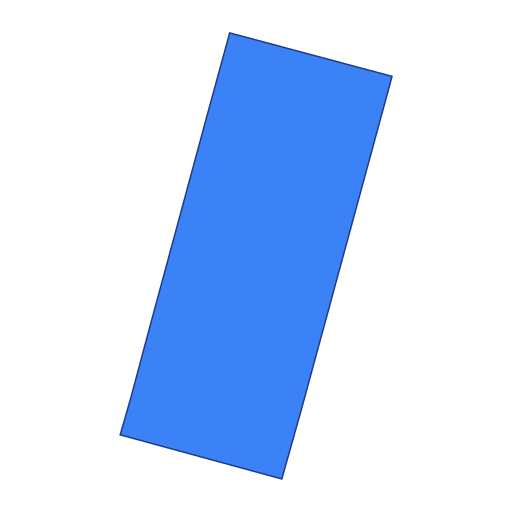 Douglas, Missouri, United States of America (Albers equal-area conic projection), rotated 284°
{"feature_id": "52423323B63572960553065", "entity_name": "Douglas", "entity_type": "district", "adm_level": 2, "iso_a3": "USA", "parent_name": "United States of America", "parent_adm1": "Missouri", "projection": "albers", "projection_center": [-92.554, 36.932], "detail": "fine", "context": "isolated", "style": "filled", "palette": "blue", "viewbox_px": 512, "rotation_deg": 284, "n_neighbors": 0, "source": "geoboundaries", "source_scale": "gbopen_adm2", "svg_char_len": 287}
<svg xmlns="http://www.w3.org/2000/svg" viewBox="0 0 512 512"><g transform="rotate(284 256 256)"><path d="M49.6,167.5L45.9,335.0L120.0,337.2L454.8,344.4L463.2,344.5L466.1,176.5L382.9,174.6L160.8,170.1L89.8,168.9L49.6,167.5Z" fill="#3b82f6" stroke="#1e3a8a" stroke-width="1.5"/></g></svg>